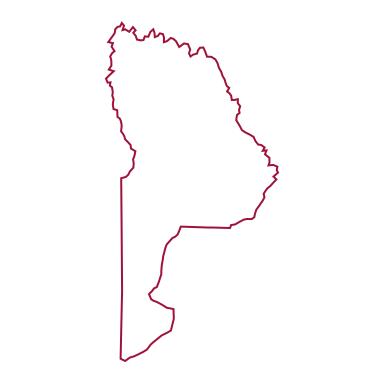 outline of Janiópolis, Paraná, Brazil
{"feature_id": "56859067B85579838513622", "entity_name": "Janiópolis", "entity_type": "district", "adm_level": 2, "iso_a3": "BRA", "parent_name": "Brazil", "parent_adm1": "Paraná", "projection": "albers", "projection_center": [-52.807, -24.153], "detail": "fine", "context": "isolated", "style": "outline", "palette": "rose", "viewbox_px": 384, "rotation_deg": 0, "n_neighbors": 0, "source": "geoboundaries", "source_scale": "gbopen_adm2", "svg_char_len": 2389}
<svg xmlns="http://www.w3.org/2000/svg" viewBox="0 0 384 384"><path d="M276.4,179.4L273.5,176.6L278.0,172.6L276.7,169.9L277.4,166.7L273.2,164.9L268.5,165.4L269.5,162.6L269.4,157.8L265.0,154.3L266.5,150.4L262.8,150.8L264.6,147.5L261.1,144.9L258.2,144.6L255.4,141.0L253.6,136.9L249.6,134.5L245.5,132.5L241.9,130.1L239.9,126.2L236.2,120.1L237.0,115.0L239.6,112.9L239.0,109.9L240.2,106.3L237.8,103.2L237.8,99.2L234.5,99.9L231.8,100.0L231.2,95.8L229.6,93.4L227.1,91.5L229.2,87.9L226.8,86.0L225.7,83.1L224.6,79.4L222.7,76.2L221.1,71.6L219.0,67.9L217.4,62.9L215.4,59.4L211.3,56.8L207.0,56.7L205.2,51.5L203.3,47.5L199.9,47.8L198.0,50.3L197.0,53.6L193.2,54.6L190.5,56.5L189.0,53.3L190.2,49.4L187.9,44.1L184.0,43.5L179.2,47.0L176.0,41.2L173.3,38.8L170.7,38.0L167.1,41.1L163.9,42.2L164.0,37.5L162.9,34.1L159.9,33.4L157.7,36.0L154.8,37.1L154.5,32.9L153.3,29.3L150.4,31.9L148.3,36.7L144.8,36.4L143.5,40.0L140.8,40.4L137.0,39.6L135.7,35.8L133.3,32.8L135.6,30.3L132.9,27.1L129.2,31.8L125.2,29.3L122.6,30.1L124.0,25.6L121.8,23.0L120.2,26.3L117.5,26.9L115.3,29.2L114.6,33.3L108.3,42.1L112.9,43.1L111.6,46.7L114.5,51.1L112.1,53.2L110.2,56.4L111.3,60.1L111.4,65.6L108.8,69.6L113.7,71.2L108.9,75.7L106.0,78.6L107.6,82.6L110.5,82.4L109.8,85.5L112.0,87.3L112.8,92.1L112.3,95.7L113.6,99.3L112.8,104.2L113.5,109.0L117.2,110.2L117.5,116.9L119.8,118.6L121.0,121.4L121.7,125.7L121.1,131.4L122.9,133.7L124.3,136.2L125.1,139.2L128.3,142.5L130.6,145.1L131.0,148.6L135.4,151.2L134.3,156.3L133.1,159.4L133.7,163.6L133.4,167.6L129.8,171.6L128.3,174.7L125.8,177.0L121.2,178.2L121.6,225.5L122.1,292.1L121.9,299.1L120.6,358.7L125.1,361.0L129.8,357.6L134.1,356.3L138.0,354.5L143.7,351.6L147.0,349.5L150.5,344.8L152.6,342.8L157.4,338.9L161.7,335.4L167.2,332.7L170.9,330.5L173.8,318.8L173.5,309.1L170.8,308.5L166.9,307.8L160.9,304.1L156.7,301.9L153.8,300.9L151.2,299.3L149.0,294.1L152.0,291.1L154.1,288.3L156.8,287.1L158.9,281.7L160.1,277.9L161.3,274.3L161.3,271.2L161.8,265.0L162.8,259.5L163.2,256.2L164.2,252.5L165.4,247.8L166.6,244.6L172.3,238.1L175.5,236.5L177.7,234.4L179.2,230.9L180.8,226.6L186.8,226.8L207.4,227.5L211.8,227.5L230.0,228.0L231.2,225.0L235.0,224.5L239.8,221.7L243.8,219.6L246.9,219.0L251.7,219.1L254.3,217.2L254.9,214.1L256.3,209.7L259.1,205.9L260.7,203.5L262.6,200.8L264.4,197.4L263.7,193.7L265.5,190.9L267.5,188.2L270.3,186.0L272.9,183.1L276.4,179.4Z" fill="none" stroke="#9f1239" stroke-width="2"/></svg>